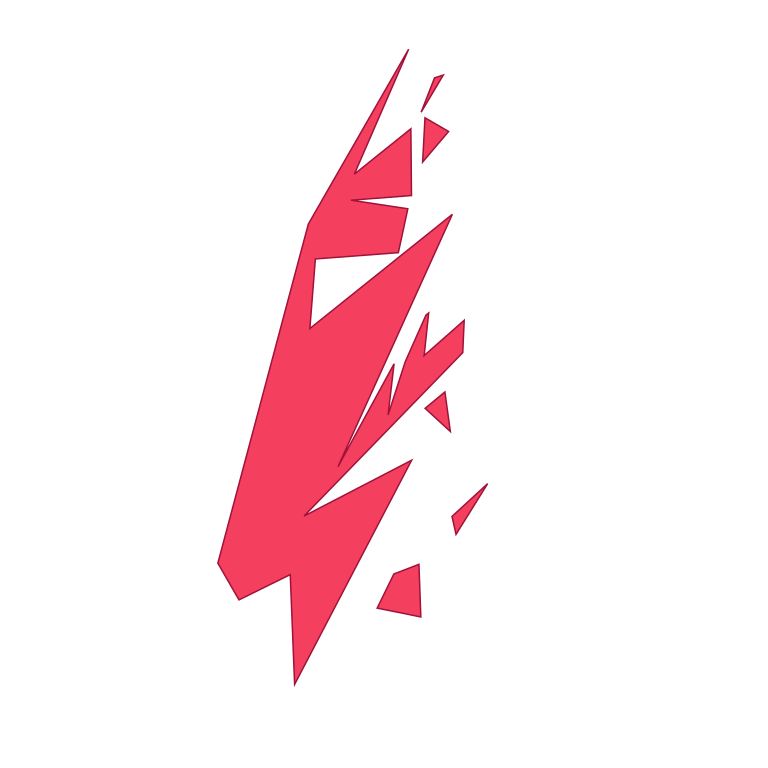 Møre og Romsdal, Robinson projection, rotated 118°
{"feature_id": "NOR-910", "entity_name": "Møre og Romsdal", "entity_type": "County", "adm_level": 1, "iso_a3": "NOR", "parent_name": "Norway", "parent_adm1": "", "projection": "robinson", "projection_center": [7.305, 62.718], "detail": "coarse", "context": "isolated", "style": "filled", "palette": "rose", "viewbox_px": 768, "rotation_deg": 118, "n_neighbors": 0, "source": "natural_earth", "source_scale": "10m", "svg_char_len": 747}
<svg xmlns="http://www.w3.org/2000/svg" viewBox="0 0 768 768"><g transform="rotate(118 384 384)"><path d="M76.8,519.4L212.6,508.7L146.0,480.1L204.7,448.2L237.2,499.4L218.1,445.2L261.3,433.0L305.8,503.3L369.8,475.5L202.1,403.3L478.8,385.8L361.4,384.6L409.3,365.9L354.4,375.7L303.4,379.3L300.3,377.9L340.0,361.9L290.1,343.1L319.3,329.2L538.1,392.6L438.3,323.8L691.2,321.9L596.3,377.3L642.7,410.7L620.2,446.6L278.3,525.9L76.8,519.4ZM585.1,284.8L547.1,286.1L526.8,268.5L572.4,242.1L585.1,284.8ZM469.0,261.8L423.3,245.7L483.0,249.8L469.0,261.8ZM394.8,303.1L386.2,336.3L362.4,326.5L394.8,303.1ZM130.7,445.5L169.9,454.1L129.7,472.8L130.7,445.5ZM83.4,476.7L126.6,478.8L90.0,483.1L83.4,476.7Z" fill="#f43f5e" stroke="#9f1239" stroke-width="1.5"/></g></svg>